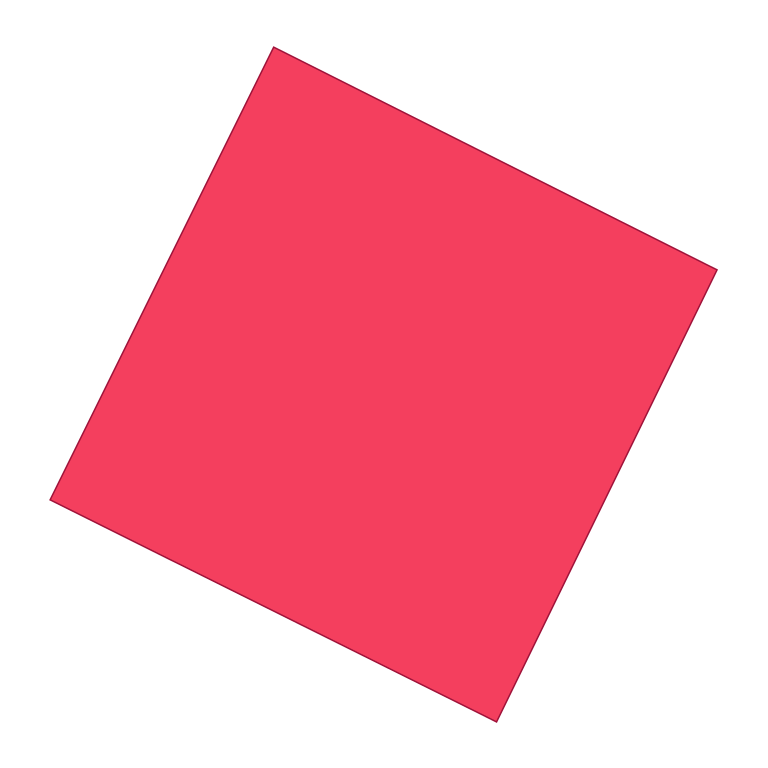 the district of Realicó, La Pampa, Argentina, rotated 116°
{"feature_id": "61730980B60690576919105", "entity_name": "Realicó", "entity_type": "district", "adm_level": 2, "iso_a3": "ARG", "parent_name": "Argentina", "parent_adm1": "La Pampa", "projection": "robinson", "projection_center": [-64.197, -35.226], "detail": "fine", "context": "isolated", "style": "filled", "palette": "rose", "viewbox_px": 768, "rotation_deg": 116, "n_neighbors": 0, "source": "geoboundaries", "source_scale": "gbopen_adm2", "svg_char_len": 435}
<svg xmlns="http://www.w3.org/2000/svg" viewBox="0 0 768 768"><g transform="rotate(116 384 384)"><path d="M129.6,630.8L234.8,631.3L384.4,632.1L536.8,632.8L633.2,633.3L634.5,633.3L635.6,500.3L635.6,495.1L636.7,353.2L638.3,143.0L638.4,134.7L634.8,134.7L579.0,134.7L451.9,134.7L346.7,134.7L168.6,134.7L150.6,134.7L135.4,134.7L135.3,147.0L134.2,243.5L131.8,445.1L129.6,630.8Z" fill="#f43f5e" stroke="#9f1239" stroke-width="1.5"/></g></svg>